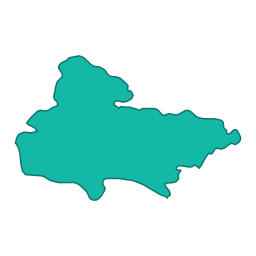 Lumbini, Natural Earth projection
{"feature_id": "NPL-1127", "entity_name": "Lumbini", "entity_type": "Administrative Zone", "adm_level": 1, "iso_a3": "NPL", "parent_name": "Nepal", "parent_adm1": "", "projection": "natural_earth1", "projection_center": [83.543, 27.795], "detail": "fine", "context": "isolated", "style": "filled", "palette": "teal", "viewbox_px": 256, "rotation_deg": 0, "n_neighbors": 0, "source": "natural_earth", "source_scale": "10m", "svg_char_len": 2660}
<svg xmlns="http://www.w3.org/2000/svg" viewBox="0 0 256 256"><path d="M175.9,181.6L173.0,182.6L167.1,183.0L164.6,184.1L165.7,186.6L169.3,191.0L169.7,192.5L170.2,194.0L170.1,195.3L168.9,195.8L168.1,196.4L167.2,197.9L167.1,197.7L166.4,197.0L160.4,194.7L142.6,184.3L133.2,180.6L119.1,178.5L107.0,178.4L103.7,179.7L103.0,181.2L102.8,183.1L103.0,184.9L105.0,187.8L104.8,189.7L103.9,191.6L101.1,196.1L99.0,198.4L96.5,200.0L93.6,200.1L90.6,199.0L89.3,197.4L88.5,195.3L87.0,192.3L85.4,190.3L79.1,184.5L74.3,182.5L58.6,182.6L50.4,180.5L44.5,176.9L41.3,175.8L25.4,174.6L22.5,171.0L21.1,165.1L19.9,153.5L18.3,147.5L16.1,143.6L15.4,143.3L15.4,143.2L15.7,141.9L16.6,138.4L17.4,136.6L17.9,135.7L18.6,134.8L19.5,134.1L20.9,133.3L23.3,132.5L25.3,132.2L31.7,132.9L37.3,130.9L34.3,127.6L28.4,124.6L26.8,123.3L27.0,122.5L27.4,121.8L31.8,116.7L37.5,111.3L40.7,110.3L43.7,110.9L45.3,111.0L46.9,110.7L48.5,110.1L52.3,107.7L56.5,106.1L57.2,105.4L57.8,104.4L57.4,102.8L57.0,101.9L56.1,100.9L55.0,100.0L54.2,98.5L53.8,96.1L55.0,91.2L55.6,87.0L57.3,81.6L60.7,78.4L61.7,77.3L62.4,76.0L62.2,74.1L61.6,72.6L59.2,69.2L58.7,67.6L58.8,66.1L59.7,64.5L61.4,63.0L67.2,60.0L68.8,57.9L78.9,55.9L81.1,56.5L83.8,57.7L90.8,64.4L93.3,66.0L95.2,66.6L98.6,66.7L100.3,67.4L103.1,68.9L104.7,70.1L105.8,71.3L106.7,72.9L107.9,74.4L109.9,76.0L111.7,76.6L115.3,76.8L117.9,77.3L119.6,78.0L121.0,78.9L127.0,84.4L127.8,85.4L128.0,86.6L127.6,87.4L127.7,89.2L128.4,90.8L129.2,91.0L130.2,90.9L131.3,91.4L133.1,95.5L131.3,98.9L127.2,101.3L122.5,102.1L118.7,101.0L116.5,100.9L114.6,102.1L113.7,104.2L115.0,105.5L117.1,106.8L119.0,108.5L120.4,106.8L121.9,106.6L125.6,107.3L129.3,107.2L131.4,107.5L133.1,108.5L134.6,108.4L139.1,110.2L140.1,110.0L142.4,108.6L152.8,108.5L155.8,108.9L158.0,110.2L161.6,114.2L163.4,115.3L164.7,115.2L167.7,114.0L169.1,113.7L170.8,113.9L174.3,114.8L176.1,115.0L179.1,114.2L184.9,110.7L188.0,110.3L190.6,111.5L195.3,115.7L197.7,117.4L203.2,118.7L214.8,118.9L220.3,120.0L222.6,121.4L223.3,123.0L223.4,125.0L223.8,127.6L224.5,128.8L226.2,130.0L226.5,131.3L226.7,132.8L227.2,133.5L228.0,133.8L229.1,133.9L230.6,133.2L232.1,131.4L233.9,129.9L236.2,129.7L237.4,131.0L238.9,133.7L240.2,136.5L240.6,138.3L240.1,140.6L238.9,142.2L235.3,144.6L231.7,143.2L228.5,144.9L225.2,147.6L221.7,149.0L219.6,148.7L218.0,148.3L216.6,148.3L215.0,149.0L212.7,152.8L211.1,154.1L208.9,153.1L206.0,156.8L200.8,166.2L199.2,168.1L194.8,164.8L192.2,166.7L189.3,167.0L180.6,165.7L179.1,165.7L178.0,166.0L177.0,167.0L176.3,168.4L176.3,169.6L177.6,170.1L180.3,170.1L180.7,170.9L179.3,172.8L178.3,174.6L178.3,176.3L178.5,178.1L178.0,179.8L176.0,181.6L175.9,181.6Z" fill="#14b8a6" stroke="#0f766e" stroke-width="1.5"/></svg>